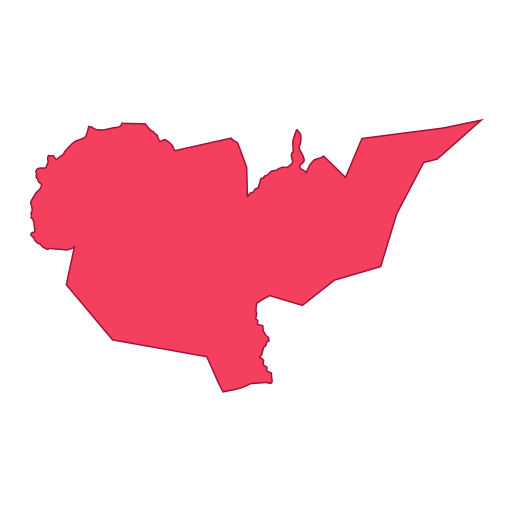 Corquin, Copán, Honduras (Albers equal-area conic projection)
{"feature_id": "27666195B19048967289825", "entity_name": "Corquin", "entity_type": "district", "adm_level": 2, "iso_a3": "HND", "parent_name": "Honduras", "parent_adm1": "Copán", "projection": "albers", "projection_center": [-88.867, 14.553], "detail": "fine", "context": "isolated", "style": "filled", "palette": "rose", "viewbox_px": 512, "rotation_deg": 0, "n_neighbors": 0, "source": "geoboundaries", "source_scale": "gbopen_adm2", "svg_char_len": 5943}
<svg xmlns="http://www.w3.org/2000/svg" viewBox="0 0 512 512"><path d="M218.2,382.3L223.0,391.9L232.7,390.0L235.4,389.4L238.1,388.7L240.7,387.9L243.6,386.9L246.9,385.5L249.9,384.0L250.8,383.7L251.8,383.5L265.9,382.5L270.4,383.4L271.0,383.2L271.5,382.9L271.7,382.6L271.9,382.3L272.1,380.6L271.5,375.8L271.5,374.0L271.4,373.2L270.7,372.6L269.6,372.1L268.6,371.9L268.0,371.7L267.4,371.3L266.9,370.8L266.8,370.5L266.8,369.6L266.8,368.7L267.0,367.8L266.9,367.3L266.5,366.8L265.9,366.4L265.4,366.2L264.8,366.1L264.4,365.9L263.8,365.3L263.3,364.4L263.2,363.7L263.2,362.7L263.3,361.7L263.6,360.9L263.6,360.7L263.5,360.4L263.1,359.8L262.4,359.0L260.1,357.4L259.8,357.1L259.7,356.9L259.8,356.7L259.9,356.4L260.7,356.0L261.2,355.5L261.9,354.1L263.4,348.1L263.6,347.6L264.0,347.1L265.1,346.3L265.7,345.5L266.2,344.4L266.5,343.1L266.7,342.5L266.8,342.2L267.2,341.8L267.6,341.6L268.2,341.3L268.8,341.1L269.0,341.0L268.9,340.3L268.7,338.3L268.6,337.8L268.4,337.4L268.1,337.2L267.0,336.4L265.6,335.0L265.1,334.3L264.8,333.3L264.5,332.8L264.2,332.4L263.6,331.9L263.2,331.4L263.1,330.9L263.3,330.3L262.9,327.6L263.0,326.5L262.9,326.0L262.6,325.7L262.0,325.5L260.1,325.0L258.4,324.6L257.8,324.3L257.6,324.1L257.5,323.8L257.6,322.3L257.8,321.2L257.8,320.8L257.5,320.4L257.0,319.8L256.7,319.6L256.1,319.3L255.9,318.9L255.8,318.2L256.7,313.6L256.6,312.7L256.1,312.1L256.0,311.7L256.1,310.1L256.0,308.3L256.5,305.2L256.6,304.2L256.8,303.7L257.0,303.2L257.7,302.6L259.6,301.4L261.0,300.4L269.6,295.6L302.4,305.4L334.5,280.1L380.7,266.6L396.8,213.6L423.7,162.5L437.2,159.1L481.3,120.1L443.5,128.0L362.0,138.5L345.5,177.4L323.6,156.1L322.4,156.7L321.1,157.7L319.8,158.1L317.8,158.6L316.0,159.3L314.9,159.6L314.3,159.9L313.7,160.4L312.4,161.8L311.0,163.4L309.5,165.5L309.1,166.4L308.2,168.4L306.9,170.8L306.7,171.4L306.6,172.2L306.5,172.5L306.3,172.6L306.1,172.7L305.7,172.6L305.4,171.7L304.9,171.2L301.6,169.3L300.9,168.9L300.3,168.0L299.9,167.3L299.7,166.8L299.7,166.3L300.1,165.5L300.6,164.8L302.5,163.1L303.8,161.5L304.1,160.8L304.2,159.9L303.8,158.2L303.1,156.0L300.0,150.3L299.4,149.0L299.1,148.0L299.1,147.3L299.2,146.6L300.3,143.7L300.9,140.5L300.9,137.4L300.8,136.0L300.6,134.6L300.2,133.7L299.4,132.6L297.5,130.3L297.0,129.8L296.9,129.8L296.4,130.5L295.5,132.5L293.1,140.0L292.9,140.9L292.8,142.2L292.8,143.5L293.1,147.6L293.2,149.9L293.1,151.5L293.1,151.9L292.9,152.2L292.2,152.7L291.9,153.0L291.5,154.0L291.4,154.8L291.4,156.0L291.8,158.3L292.1,159.5L292.5,160.8L292.6,161.6L292.6,162.5L292.4,162.9L292.2,163.3L288.3,166.7L287.7,167.0L286.8,167.3L286.0,167.4L285.1,167.4L283.7,167.2L282.7,167.3L281.7,167.5L280.0,168.1L278.5,168.8L277.2,169.6L276.8,169.9L276.4,170.4L276.1,170.5L273.6,170.6L272.3,170.9L271.5,171.3L270.7,171.7L269.9,172.3L268.6,173.9L267.3,175.1L266.8,175.3L266.2,175.6L265.3,175.7L264.7,176.0L264.2,176.5L264.0,176.8L263.8,177.3L263.8,177.9L263.6,178.2L263.2,178.3L262.6,178.1L262.0,178.2L261.4,178.3L260.9,178.6L260.7,178.8L260.6,179.1L260.0,182.2L259.5,183.7L258.8,185.4L258.6,186.2L258.5,187.1L258.2,187.8L257.7,188.2L256.5,188.3L256.0,188.6L255.5,188.9L254.3,190.2L253.9,190.9L253.6,191.7L253.4,192.0L253.0,192.2L251.7,192.6L249.8,193.4L249.4,193.8L249.0,194.5L248.9,194.9L248.9,195.4L248.8,195.6L248.1,196.1L247.4,196.3L246.7,167.3L237.8,143.3L236.8,142.3L234.1,140.8L233.2,140.2L232.0,139.2L231.5,138.4L231.0,138.1L174.8,150.7L174.1,149.4L173.5,148.3L173.0,147.2L172.6,145.7L172.4,145.5L169.2,142.3L165.5,139.8L165.0,139.6L164.4,139.7L163.8,139.9L160.1,141.4L159.8,141.4L159.6,141.2L159.2,140.8L158.9,139.7L157.8,137.2L157.6,136.7L157.5,135.7L157.2,135.2L156.1,134.3L155.1,133.8L154.8,133.6L153.3,131.5L153.1,131.4L152.5,131.4L151.6,130.9L149.0,128.7L148.2,127.5L147.3,126.6L146.3,125.0L145.3,123.8L124.8,123.4L124.4,123.5L124.0,123.6L123.6,123.5L122.9,123.2L122.2,123.1L122.0,123.3L121.3,124.7L120.5,125.9L120.2,126.2L119.5,126.6L118.3,127.2L117.1,127.5L115.2,127.5L113.0,127.9L103.4,130.0L97.9,129.8L96.4,129.6L95.6,129.4L94.6,128.9L91.8,127.2L89.8,126.6L88.8,126.4L88.6,126.7L88.4,127.9L87.6,131.1L86.8,133.6L85.9,136.0L85.5,136.6L85.1,137.1L84.2,137.8L82.4,138.6L80.0,139.5L77.7,140.3L76.4,140.7L75.1,141.5L73.7,142.4L72.0,143.8L70.6,145.1L69.8,146.0L68.8,147.1L67.6,148.4L65.9,150.2L64.6,151.8L64.3,152.3L63.9,153.5L63.6,154.0L63.2,154.5L62.0,155.4L60.4,156.2L58.9,157.6L57.4,158.8L57.0,159.0L56.4,159.1L56.0,159.0L55.5,158.8L54.8,158.0L53.8,156.2L53.3,155.7L50.3,155.9L48.4,155.5L47.9,156.9L47.6,158.8L47.7,159.7L47.8,160.2L48.2,161.0L48.2,161.7L46.4,166.4L45.9,167.4L45.5,167.8L44.6,168.0L43.6,168.1L42.1,168.0L41.1,168.0L39.4,168.2L38.3,168.5L37.4,169.0L36.7,169.6L36.3,170.3L36.0,171.0L35.9,171.7L36.0,172.3L36.1,172.7L36.5,173.3L36.6,173.7L36.6,174.4L36.3,175.3L36.2,175.9L36.2,176.8L36.4,177.6L36.9,178.3L37.1,178.5L37.7,178.7L38.0,179.0L38.1,179.5L38.0,180.2L38.0,180.6L38.1,180.9L38.5,181.6L39.2,182.5L40.3,183.3L40.9,183.9L41.5,184.8L41.6,185.3L41.5,185.8L41.1,186.7L39.8,189.2L39.3,189.7L36.2,192.6L35.4,193.8L34.0,196.4L32.8,197.9L31.4,200.6L30.9,201.7L30.8,202.4L30.7,203.0L30.8,203.8L31.0,204.5L31.5,205.6L31.8,206.8L32.0,208.0L32.1,209.5L32.1,210.5L32.0,211.3L31.8,211.8L31.2,212.5L31.1,213.0L31.2,214.1L31.5,216.0L31.4,216.5L31.1,217.2L31.1,217.6L31.2,217.9L31.4,218.1L32.1,218.5L32.5,218.8L33.2,220.2L33.7,221.8L34.1,223.3L34.1,225.2L34.4,226.9L34.9,230.9L34.9,231.3L34.7,231.6L34.5,231.9L34.1,232.2L33.7,232.4L33.1,232.3L32.6,232.4L32.0,232.8L31.4,233.2L31.2,233.5L31.0,233.9L30.9,234.3L30.9,234.6L31.2,235.3L32.0,236.3L32.6,236.9L33.6,237.7L34.1,238.3L34.4,238.8L34.6,239.7L34.9,240.2L35.6,241.2L36.6,242.2L37.5,242.9L38.4,243.6L38.9,243.7L39.8,243.9L40.4,244.2L40.9,244.7L41.5,245.8L42.0,246.4L43.6,247.3L45.5,248.6L46.1,248.9L46.9,249.2L47.5,249.3L48.0,249.3L48.5,249.1L49.4,248.5L49.8,248.4L50.2,248.4L53.0,248.9L61.7,249.4L64.6,249.8L65.7,249.9L66.8,249.9L68.6,249.5L71.4,248.6L72.7,248.0L74.4,246.9L66.3,284.7L112.6,339.9L206.8,356.7L218.2,382.3Z" fill="#f43f5e" stroke="#9f1239" stroke-width="1.5"/></svg>